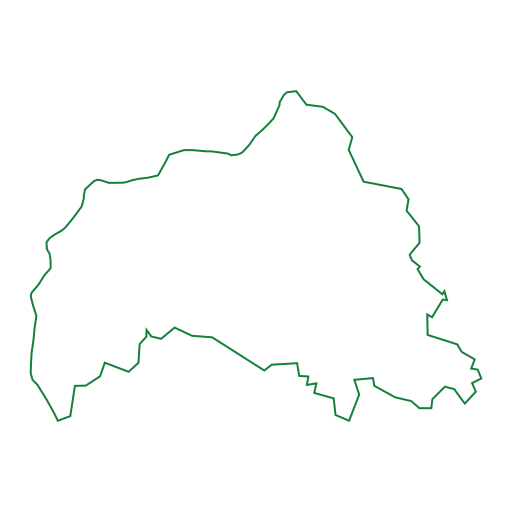 the district of Tetovo, Tetovo, North Macedonia
{"feature_id": "65306769B82420997238505", "entity_name": "Tetovo", "entity_type": "district", "adm_level": 2, "iso_a3": "MKD", "parent_name": "North Macedonia", "parent_adm1": "Tetovo", "projection": "orthographic", "projection_center": [20.883, 42.045], "detail": "fine", "context": "isolated", "style": "outline", "palette": "green", "viewbox_px": 512, "rotation_deg": 0, "n_neighbors": 0, "source": "geoboundaries", "source_scale": "gbopen_adm2", "svg_char_len": 1799}
<svg xmlns="http://www.w3.org/2000/svg" viewBox="0 0 512 512"><path d="M349.1,420.7L359.2,394.6L354.3,379.8L373.0,378.1L374.3,385.8L395.1,397.3L411.3,401.1L419.4,408.2L431.3,408.2L432.4,399.2L444.9,386.7L454.2,389.1L464.8,403.6L475.8,391.7L472.1,383.0L481.3,378.5L477.7,369.6L471.2,368.6L474.7,359.4L461.7,351.9L457.3,344.4L427.6,334.9L427.3,314.5L432.1,317.2L442.7,299.6L447.0,300.2L444.4,291.2L442.3,294.2L423.6,279.3L417.6,269.1L419.9,266.6L411.9,260.3L409.7,254.7L419.6,242.7L419.0,226.2L406.6,210.7L408.5,199.3L401.5,189.0L363.6,181.7L348.7,149.8L352.3,137.2L335.0,113.9L322.8,106.8L306.4,104.7L296.3,91.2L286.8,92.3L283.9,95.0L279.8,101.9L279.4,105.5L273.5,118.5L263.9,128.5L255.5,135.9L249.5,144.5L248.2,146.1L243.0,151.7L241.6,152.8L239.4,153.9L236.9,154.6L231.2,155.3L228.9,154.0L228.0,153.6L212.7,151.5L209.7,151.3L207.0,151.4L192.5,150.1L184.0,150.1L169.1,154.8L166.8,159.5L164.7,163.4L158.0,175.4L153.9,176.4L147.9,177.7L138.3,178.9L132.2,180.2L126.1,182.2L122.3,182.7L109.1,182.9L104.6,181.5L101.4,180.4L98.6,179.9L97.0,179.9L94.1,181.0L85.0,189.4L83.7,196.6L83.9,198.0L81.7,206.5L72.6,218.7L65.2,227.7L61.5,230.7L54.8,234.5L50.0,237.8L48.7,239.2L46.5,242.3L46.9,248.9L47.6,250.5L49.5,253.4L50.6,260.6L50.6,268.2L44.4,275.3L41.6,279.7L38.9,284.1L31.8,292.5L30.9,295.1L31.0,297.6L33.2,305.9L36.4,315.9L34.6,328.3L33.3,341.5L31.6,352.7L31.0,363.7L30.7,373.3L32.6,379.9L37.4,384.8L46.1,398.7L53.8,412.5L57.2,419.4L57.8,420.8L70.3,416.1L74.9,385.9L85.8,385.6L100.1,376.3L104.8,362.7L128.6,371.8L138.5,362.8L139.6,344.2L146.3,336.7L146.6,330.0L151.3,336.5L161.1,338.8L174.6,327.6L192.1,335.8L212.1,337.3L264.3,370.5L271.7,364.7L297.1,363.2L299.2,375.9L308.3,376.5L306.9,384.9L316.4,383.4L314.2,392.9L333.7,398.4L335.5,415.0L349.1,420.7Z" fill="none" stroke="#15803d" stroke-width="2"/></svg>